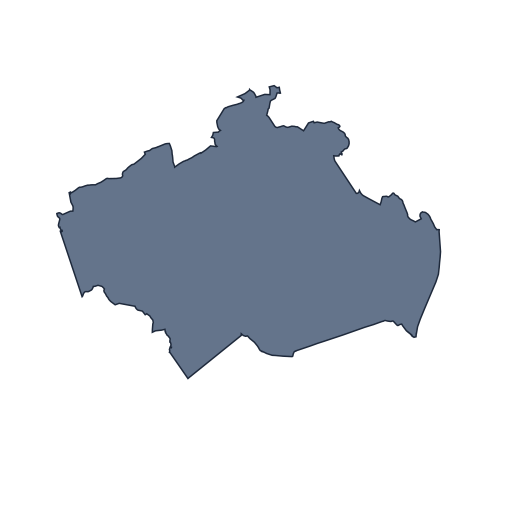 outline of Manatí, Atlántico, Colombia, rotated 237°
{"feature_id": "7082276B98170860675351", "entity_name": "Manatí", "entity_type": "district", "adm_level": 2, "iso_a3": "COL", "parent_name": "Colombia", "parent_adm1": "Atlántico", "projection": "mercator", "projection_center": [-74.975, 10.456], "detail": "fine", "context": "isolated", "style": "filled", "palette": "slate", "viewbox_px": 512, "rotation_deg": 237, "n_neighbors": 0, "source": "geoboundaries", "source_scale": "gbopen_adm2", "svg_char_len": 6112}
<svg xmlns="http://www.w3.org/2000/svg" viewBox="0 0 512 512"><g transform="rotate(237 256 256)"><path d="M398.6,340.7L398.2,335.2L399.5,327.0L397.1,329.0L396.2,329.5L395.3,329.6L393.7,329.9L393.2,330.6L392.8,330.0L392.5,329.2L392.4,328.0L392.7,325.8L393.1,324.7L393.5,322.8L394.9,318.8L396.3,314.1L396.5,313.0L396.5,311.9L396.9,311.4L396.9,309.6L390.8,296.8L389.1,295.8L385.3,294.3L382.9,293.9L381.7,294.2L380.7,294.6L380.7,293.2L380.4,291.9L382.8,287.5L380.8,285.5L379.7,283.2L378.4,284.6L377.8,284.9L377.3,285.0L376.2,284.7L374.4,283.6L373.0,283.2L372.6,282.8L372.0,282.6L370.4,282.7L369.1,283.0L369.2,282.5L373.1,277.8L372.3,271.5L372.2,265.8L372.7,265.9L373.0,264.7L373.5,258.8L373.4,255.6L373.8,252.9L373.9,250.4L374.3,249.7L374.5,247.9L374.8,247.1L374.9,246.2L375.1,241.4L375.0,240.1L374.8,236.2L375.3,236.5L380.0,237.6L383.7,239.6L385.9,240.7L387.0,241.1L390.1,242.8L394.8,244.1L397.6,244.6L398.8,242.5L399.5,240.8L400.9,233.4L401.2,232.6L401.1,232.2L401.7,230.1L402.5,227.9L402.6,227.2L402.4,224.2L403.1,222.3L403.9,219.0L401.6,218.5L400.3,213.0L399.5,203.8L399.6,203.3L400.2,201.7L400.2,200.8L400.0,198.3L399.7,196.3L399.1,194.4L399.0,193.2L399.1,190.7L398.5,189.7L397.7,188.8L397.2,188.4L396.0,188.0L395.7,187.7L395.2,186.6L395.1,186.0L395.3,184.9L397.1,181.1L400.2,176.1L401.1,174.7L402.1,173.6L402.4,172.7L402.4,171.9L402.3,170.1L402.3,166.1L403.0,162.4L403.1,160.2L404.8,157.6L405.8,155.8L406.2,154.8L407.1,153.4L407.9,150.8L408.4,148.5L409.0,146.7L409.8,145.4L409.9,144.2L409.5,140.2L409.5,136.5L409.8,135.2L409.6,134.8L410.1,135.1L410.2,134.7L410.7,135.0L410.9,133.8L402.0,130.1L397.9,129.7L396.7,129.3L394.9,128.1L393.4,126.8L394.6,124.9L394.8,124.2L396.0,116.6L396.4,116.1L398.1,115.5L399.1,114.9L399.7,113.9L400.1,112.1L399.5,111.8L397.6,111.2L397.0,111.2L394.9,111.8L394.1,111.7L393.3,111.1L390.1,107.6L389.0,106.8L387.6,106.5L387.0,106.5L386.9,107.2L385.8,106.8L383.4,106.6L383.2,107.3L382.7,107.2L382.7,106.8L382.3,106.8L382.3,106.5L382.6,106.5L382.7,105.9L383.5,106.0L383.5,105.4L316.6,88.0L316.8,88.7L318.5,91.0L319.0,92.3L319.1,92.9L319.0,93.5L318.7,94.1L317.6,95.6L317.4,96.1L317.1,99.3L317.2,99.9L317.5,100.7L318.6,102.5L319.1,103.0L318.3,104.4L317.5,107.5L314.6,110.1L314.0,110.4L312.0,110.8L310.9,110.9L310.1,109.8L309.4,109.4L308.6,109.1L306.3,109.2L303.7,108.9L301.5,109.2L300.9,109.0L299.4,109.0L297.0,109.4L291.8,111.3L290.8,115.5L279.7,127.2L278.4,126.9L277.1,126.9L276.0,127.1L274.9,127.5L272.3,130.1L271.5,130.7L267.1,131.1L267.0,132.4L267.1,132.9L263.5,134.3L261.4,134.2L258.5,134.6L255.9,133.5L255.7,133.0L255.0,132.3L251.1,129.3L248.5,127.5L248.0,131.0L245.3,136.3L244.1,139.7L242.1,138.7L241.6,138.9L240.9,138.3L240.1,138.5L239.4,138.4L238.1,138.3L236.3,138.9L235.7,138.8L234.7,139.0L233.3,138.9L232.9,138.6L231.7,137.5L231.0,137.1L231.0,137.3L229.3,137.0L227.9,136.4L227.2,135.8L226.8,135.2L226.5,134.6L225.5,135.4L225.2,135.0L226.2,134.3L224.8,132.5L223.2,131.9L222.9,131.5L222.3,130.9L221.9,131.2L221.1,131.3L190.3,132.2L190.5,133.4L197.4,200.3L198.8,201.3L196.3,202.0L194.4,203.5L194.1,204.0L193.8,205.1L193.4,205.4L190.1,205.9L184.5,207.7L179.8,208.2L178.0,208.2L175.5,208.0L174.4,208.1L172.3,209.5L172.3,209.2L170.9,210.4L168.6,211.7L163.9,215.5L162.1,218.0L157.2,224.2L152.3,231.0L152.0,231.5L151.9,231.9L152.0,232.3L153.6,233.9L154.8,235.7L154.8,236.6L154.6,237.5L154.8,237.5L151.0,252.4L149.2,260.1L147.6,266.0L142.3,286.4L137.0,308.4L134.5,317.2L132.5,325.8L131.9,327.6L131.9,328.4L131.7,329.0L131.5,329.3L129.9,330.8L127.8,333.2L127.4,334.0L127.3,334.8L126.6,335.6L125.8,335.8L121.6,336.5L120.7,336.8L120.3,337.5L120.2,339.5L119.5,341.1L117.6,341.0L111.4,341.4L109.4,342.0L109.1,342.1L109.3,342.2L105.9,343.3L105.9,343.1L104.6,343.6L104.4,343.1L102.9,343.6L102.3,344.2L101.8,344.2L101.1,346.2L103.7,348.2L103.6,348.3L108.7,353.0L113.6,359.4L120.1,368.8L136.3,392.8L141.3,399.0L146.9,403.6L150.8,406.6L154.6,409.7L159.1,413.1L176.7,422.8L178.3,424.0L179.2,422.8L179.5,422.0L181.1,421.8L183.1,421.7L186.4,422.3L190.4,422.6L191.6,422.6L193.0,423.0L194.7,423.2L197.2,423.0L197.8,422.8L199.2,422.2L200.0,422.0L200.7,421.4L201.9,419.9L202.4,419.6L202.3,417.6L202.1,417.2L201.7,416.5L201.2,416.0L200.1,415.2L197.2,414.8L197.8,408.2L199.7,407.2L201.9,405.8L203.3,405.2L205.8,404.8L207.1,405.0L208.1,405.7L209.8,406.2L215.7,407.3L218.4,407.9L220.2,408.1L221.7,408.7L222.8,408.9L224.2,408.7L225.5,407.9L226.5,407.6L228.8,407.5L229.8,407.0L230.8,406.3L231.8,405.8L233.3,405.8L233.7,405.7L234.1,405.2L234.2,404.7L233.6,402.8L233.3,399.9L233.4,399.4L233.6,398.9L234.7,398.3L235.1,397.9L235.9,396.3L236.5,395.3L236.8,394.5L235.8,393.0L233.3,390.5L231.4,388.0L243.0,381.6L248.3,378.8L249.5,378.4L251.6,378.1L252.9,378.2L254.6,378.4L253.8,377.5L253.4,376.8L253.3,376.4L253.3,375.2L253.9,374.2L255.2,374.2L292.6,373.9L293.2,374.0L294.9,374.5L297.7,375.8L296.3,377.5L294.8,380.0L295.4,380.7L295.9,381.8L295.9,382.1L295.6,382.4L294.3,382.9L294.1,383.1L294.4,383.5L294.9,383.8L296.4,383.9L296.8,384.1L296.7,386.2L297.3,387.9L297.4,388.6L297.2,389.5L296.8,390.4L296.8,391.2L298.0,393.6L299.4,395.2L301.3,396.4L303.3,397.1L304.9,397.1L306.0,396.6L307.6,396.3L308.2,396.4L309.3,396.9L310.6,397.1L312.5,396.6L315.7,394.8L317.4,394.5L318.7,394.7L318.7,396.2L318.9,396.8L319.1,397.0L319.8,397.1L320.8,396.9L321.2,396.7L322.3,395.7L325.3,394.2L326.8,393.1L328.0,392.5L328.2,391.1L329.0,390.0L330.0,385.7L330.6,384.9L335.0,380.3L336.1,377.3L337.7,377.5L339.0,372.5L335.1,364.1L341.8,361.1L342.6,359.9L343.8,358.8L345.4,356.7L346.3,353.4L346.7,352.5L347.4,351.8L348.2,351.2L349.9,350.3L350.3,349.9L350.8,348.4L351.2,346.7L351.6,345.7L352.0,344.1L352.5,343.4L353.1,342.9L354.3,342.4L365.3,342.4L367.0,342.1L368.2,341.6L371.3,345.0L372.5,346.1L372.7,346.5L372.8,347.2L372.9,347.5L376.4,350.7L378.0,352.4L378.2,353.3L378.2,354.0L377.8,357.7L378.1,358.4L378.9,359.6L381.2,362.4L380.4,363.8L379.4,364.8L379.3,365.2L382.2,366.2L384.8,367.4L385.7,365.2L389.0,364.0L390.6,359.2L387.7,358.3L383.7,355.6L386.8,351.3L389.1,342.5L389.5,342.8L389.9,342.9L393.4,343.2L394.7,343.1L397.1,342.1L398.5,341.4L399.1,341.3L398.6,340.9L398.6,340.7Z" fill="#64748b" stroke="#1e293b" stroke-width="1.5"/></g></svg>